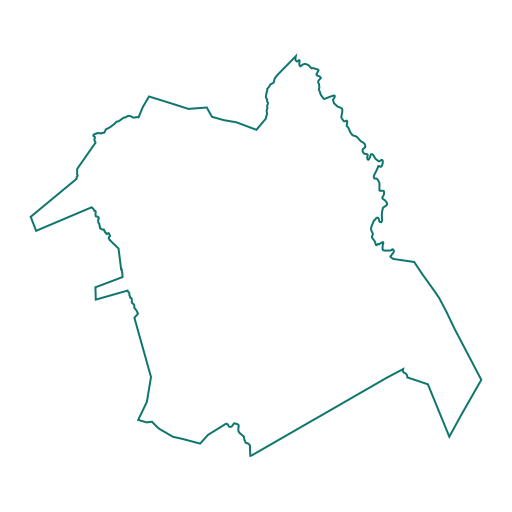 Iliatenco, Guerrero, Mexico
{"feature_id": "50627088B94686315759105", "entity_name": "Iliatenco", "entity_type": "district", "adm_level": 2, "iso_a3": "MEX", "parent_name": "Mexico", "parent_adm1": "Guerrero", "projection": "equal_earth", "projection_center": [-98.646, 17.051], "detail": "fine", "context": "isolated", "style": "outline", "palette": "teal", "viewbox_px": 512, "rotation_deg": 0, "n_neighbors": 0, "source": "geoboundaries", "source_scale": "gbopen_adm2", "svg_char_len": 5989}
<svg xmlns="http://www.w3.org/2000/svg" viewBox="0 0 512 512"><path d="M138.2,419.9L146.7,422.4L151.9,421.7L157.7,427.5L159.5,429.0L173.0,436.8L182.8,439.0L200.1,443.6L208.1,434.8L225.6,424.0L226.1,423.7L226.7,424.1L227.6,424.2L227.8,424.4L228.9,426.5L229.8,426.8L230.8,426.9L232.0,426.2L234.1,423.3L237.0,424.0L237.7,424.4L238.4,424.9L238.8,426.0L238.5,427.1L238.3,429.5L238.4,430.7L238.6,431.6L239.8,433.2L241.9,434.9L242.8,435.8L243.6,436.2L243.8,436.5L244.5,440.2L244.8,440.5L245.1,441.4L245.9,442.9L246.5,443.2L247.3,443.1L247.7,443.3L249.0,444.2L249.7,445.1L249.9,445.9L250.3,455.8L251.4,455.6L386.8,377.7L403.1,369.1L402.7,370.5L402.9,371.5L404.1,372.7L405.7,373.5L406.4,374.2L407.1,375.6L407.3,376.6L407.3,377.4L427.9,384.3L449.3,436.7L461.6,414.3L481.3,379.8L454.7,329.1L446.3,311.5L439.1,297.9L433.9,290.3L422.4,274.3L414.2,262.0L393.5,259.0L391.3,257.6L390.4,256.7L390.6,256.1L393.1,253.0L393.8,251.9L393.8,251.1L393.6,250.2L392.9,249.4L392.3,249.3L391.4,250.2L390.3,250.5L386.5,250.6L384.3,250.5L383.0,250.1L382.8,249.8L382.7,249.4L382.5,247.9L382.8,244.6L383.3,243.4L383.3,242.9L383.2,242.4L382.9,242.1L382.6,242.1L381.5,242.7L379.0,244.3L378.1,244.0L377.7,244.2L377.4,244.4L376.7,245.1L376.4,245.2L376.0,245.0L375.8,244.6L375.4,243.4L375.1,242.1L374.3,240.6L372.6,238.6L371.9,237.2L371.9,236.6L372.6,235.1L372.8,234.5L372.8,233.6L371.3,230.4L371.1,229.3L371.1,228.2L371.6,226.1L374.0,220.4L374.6,220.1L375.1,219.6L375.9,218.5L376.7,217.9L377.5,217.6L377.9,217.7L378.3,218.0L378.7,218.7L379.4,221.4L379.9,222.0L381.2,222.2L381.6,221.7L382.1,220.6L382.2,219.5L381.9,217.0L381.8,214.4L382.0,212.3L382.7,208.7L383.0,207.9L383.5,207.3L385.5,206.1L386.5,205.3L386.9,204.7L387.0,203.7L386.9,203.0L386.4,202.0L384.8,200.2L382.9,199.0L382.4,198.3L382.4,197.2L383.2,196.0L384.0,194.0L384.1,192.1L383.8,191.1L383.3,190.9L382.7,190.8L381.4,190.7L380.7,190.9L379.9,190.7L379.4,190.3L379.4,189.0L379.5,184.2L379.4,183.3L379.0,182.0L377.9,180.0L377.2,179.1L376.7,178.7L376.2,178.5L374.5,178.5L374.2,178.2L373.8,177.2L373.9,175.7L376.4,170.7L377.9,167.4L378.0,166.5L378.3,166.1L378.9,166.1L379.8,166.4L380.2,166.8L380.8,166.8L381.3,166.5L382.0,165.6L382.5,164.1L382.8,162.4L382.8,161.1L382.2,160.0L381.7,159.9L381.1,160.1L379.6,161.2L379.3,161.3L378.7,161.2L378.0,160.8L375.4,158.7L374.6,157.4L373.6,155.5L373.1,154.8L372.1,154.2L371.0,154.3L370.7,154.8L370.4,155.8L370.4,156.2L369.8,157.6L368.7,159.6L368.3,159.7L367.9,159.6L367.5,159.2L367.3,158.5L367.2,157.4L367.3,156.6L367.7,155.4L367.7,154.9L367.5,154.4L367.1,154.2L366.3,154.0L364.5,153.8L363.9,153.3L363.2,152.4L362.7,151.6L362.6,151.0L362.7,149.5L362.9,149.0L364.3,148.2L365.2,147.2L365.2,145.2L364.8,144.3L364.3,143.5L363.5,142.8L361.0,141.3L360.3,140.7L357.1,137.1L355.8,136.3L352.5,135.2L350.5,132.7L348.2,127.5L346.7,125.9L346.7,125.4L347.2,122.5L347.2,121.4L347.0,120.9L346.8,120.7L346.5,120.6L345.9,121.1L344.1,121.3L343.6,121.0L343.1,120.3L341.5,117.9L341.3,116.8L342.1,113.0L342.3,110.9L342.3,109.5L342.0,108.7L341.4,108.2L339.7,107.3L338.5,107.0L336.8,105.9L334.0,103.2L333.0,100.1L333.2,99.5L334.5,97.5L334.7,96.9L334.7,95.8L334.5,95.6L334.1,95.5L333.2,95.7L329.8,96.8L324.6,98.9L323.9,98.9L323.5,98.5L321.0,95.1L320.4,93.7L320.0,92.2L318.9,89.7L318.9,89.1L319.3,88.0L319.3,86.9L319.2,85.9L319.0,84.1L318.2,82.4L318.2,81.9L318.3,81.1L318.8,80.2L320.7,78.3L320.7,77.5L320.3,77.1L319.6,76.5L317.1,75.4L316.6,74.7L316.4,74.4L317.6,72.0L318.4,70.8L318.5,70.6L318.4,70.0L317.7,69.5L313.7,68.2L311.3,68.3L308.7,65.3L307.8,64.8L305.3,63.9L304.2,64.0L303.3,64.4L302.0,65.1L300.8,66.1L300.3,66.3L300.0,66.0L299.6,65.5L299.3,63.7L299.3,62.8L299.5,62.0L299.6,61.0L299.5,60.4L299.3,60.2L298.9,60.2L298.1,60.9L297.0,61.5L296.3,61.0L295.7,60.4L295.5,59.9L295.4,59.2L295.4,58.3L295.8,56.2L277.1,75.3L276.0,76.8L275.2,77.7L274.5,79.0L274.0,81.8L273.5,82.6L272.5,83.3L270.4,84.4L268.7,87.3L267.4,88.6L267.2,89.7L267.3,90.6L266.8,91.8L266.1,95.0L265.9,96.7L266.1,97.9L267.0,99.2L267.1,99.7L267.1,101.2L267.9,102.9L267.9,103.5L267.9,103.8L267.1,105.9L267.1,106.5L267.4,107.8L267.4,108.2L266.6,110.6L266.7,111.6L267.1,113.4L265.7,118.8L256.4,129.8L236.4,122.3L224.1,120.2L211.9,116.8L206.8,107.5L188.4,108.9L169.0,102.7L149.0,96.5L142.9,106.9L138.5,117.4L137.6,117.1L136.4,117.1L135.0,117.5L132.9,117.5L131.6,116.6L129.3,115.9L128.6,115.8L127.1,116.3L126.3,117.0L125.6,117.4L124.3,117.5L123.4,117.9L118.9,121.1L118.4,121.4L116.9,121.5L116.1,122.1L114.3,124.0L110.1,127.2L105.7,129.5L105.2,131.1L104.7,131.7L104.4,132.4L103.8,132.9L102.0,132.9L101.3,133.5L101.1,133.5L100.0,133.1L99.0,133.3L97.5,133.0L96.3,133.7L94.8,133.9L93.7,134.7L93.3,135.4L93.4,135.9L93.8,136.2L94.6,136.6L94.8,137.0L94.9,137.5L94.8,138.1L94.4,139.0L94.5,140.6L95.3,141.9L95.5,142.7L77.2,168.9L77.1,174.5L77.5,174.8L77.6,175.4L77.3,176.5L76.8,177.0L76.6,177.4L76.6,178.8L30.7,216.8L36.1,230.8L91.6,207.3L92.5,208.1L93.2,208.6L93.7,209.6L94.2,210.1L94.3,210.8L95.3,210.9L95.6,211.3L95.7,213.1L95.5,213.6L95.6,215.8L95.7,216.0L96.2,216.5L97.6,216.6L98.7,217.6L98.8,217.9L98.8,218.5L98.6,218.7L98.2,219.5L98.1,219.9L98.1,220.5L98.4,221.0L98.3,222.4L98.6,223.0L99.4,224.1L99.4,225.3L99.6,225.7L99.7,226.6L100.2,227.2L100.0,227.9L100.1,228.3L102.2,229.6L103.8,229.5L104.2,230.1L104.4,231.1L104.9,231.4L105.0,231.7L105.0,232.1L105.6,232.6L105.9,233.1L106.4,233.3L106.6,234.0L106.8,234.1L107.1,234.0L108.4,233.1L108.9,233.4L109.4,234.3L109.6,235.1L110.0,235.6L110.0,235.9L109.9,236.2L109.0,237.2L108.7,237.8L108.9,238.5L109.6,239.6L109.6,239.9L118.5,248.5L120.9,267.3L121.5,268.8L121.0,269.0L121.1,269.5L121.9,270.5L121.9,271.5L122.4,273.4L122.5,275.9L122.3,276.7L122.4,277.1L95.4,287.3L95.8,299.6L127.5,290.6L128.5,292.2L129.0,292.6L129.3,293.1L129.4,293.5L129.4,295.4L130.0,296.4L130.2,297.6L131.1,298.0L131.5,298.3L131.9,300.4L131.8,301.8L131.8,302.5L132.4,303.3L133.2,303.8L133.9,304.5L134.1,304.9L134.3,305.9L134.4,306.7L134.3,307.8L134.5,308.1L136.5,310.5L138.0,313.6L134.4,317.8L151.0,377.0L146.9,401.8L138.2,419.9Z" fill="none" stroke="#0f766e" stroke-width="2"/></svg>